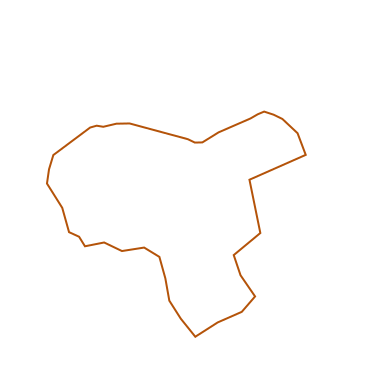 map outline of Dokolo (Albers equal-area conic projection), rotated 227°
{"feature_id": "UGA-3100", "entity_name": "Dokolo", "entity_type": "County", "adm_level": 1, "iso_a3": "UGA", "parent_name": "Uganda", "parent_adm1": "", "projection": "albers", "projection_center": [33.084, 1.906], "detail": "fine", "context": "isolated", "style": "outline", "palette": "amber", "viewbox_px": 384, "rotation_deg": 227, "n_neighbors": 0, "source": "natural_earth", "source_scale": "10m", "svg_char_len": 621}
<svg xmlns="http://www.w3.org/2000/svg" viewBox="0 0 384 384"><g transform="rotate(227 192 192)"><path d="M115.4,214.0L117.4,179.5L98.0,170.7L72.6,166.9L70.4,146.7L79.1,121.8L83.9,95.7L107.0,97.4L128.0,101.3L147.0,113.6L166.8,123.9L184.0,119.1L196.6,100.5L215.0,93.3L225.3,76.7L236.3,78.9L246.5,74.7L268.9,86.3L297.1,91.7L306.1,102.9L313.6,115.8L308.6,161.5L305.5,167.5L300.2,171.6L293.5,183.3L284.7,193.1L233.4,225.0L226.2,227.8L221.2,233.4L217.5,252.1L205.9,284.9L204.0,293.1L201.6,299.6L192.9,304.4L183.8,307.9L163.0,309.3L141.6,300.5L161.8,242.4L115.4,214.0Z" fill="none" stroke="#b45309" stroke-width="2"/></g></svg>